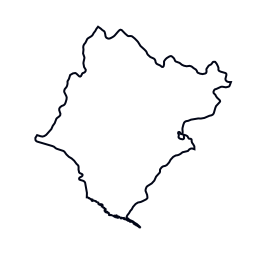 Guayubín, Monte Cristi, Dominican Republic, rotated 196°
{"feature_id": "3306468B33320306044259", "entity_name": "Guayubín", "entity_type": "district", "adm_level": 2, "iso_a3": "DOM", "parent_name": "Dominican Republic", "parent_adm1": "Monte Cristi", "projection": "albers", "projection_center": [-71.302, 19.687], "detail": "fine", "context": "isolated", "style": "outline", "palette": "ink", "viewbox_px": 256, "rotation_deg": 196, "n_neighbors": 0, "source": "geoboundaries", "source_scale": "gbopen_adm2", "svg_char_len": 5506}
<svg xmlns="http://www.w3.org/2000/svg" viewBox="0 0 256 256"><g transform="rotate(196 128 128)"><path d="M62.4,215.6L63.5,215.4L64.4,215.0L64.7,214.5L65.2,213.0L65.6,212.1L67.6,210.2L68.8,206.6L68.8,206.0L68.1,204.0L68.0,203.0L68.2,202.3L68.9,201.6L71.1,200.4L73.7,200.1L76.2,200.4L76.7,200.7L77.8,202.1L78.9,202.9L81.6,203.7L83.1,204.4L84.1,204.7L85.9,204.7L88.7,203.5L91.3,203.3L93.5,203.6L96.4,204.8L100.4,205.1L101.2,205.5L102.4,207.0L103.3,207.8L105.3,208.8L106.2,209.0L107.2,208.7L108.3,207.8L110.0,205.9L110.8,204.6L111.5,202.8L111.7,201.9L110.9,199.2L110.8,197.2L111.3,196.3L112.2,196.1L114.4,197.0L117.3,197.4L118.3,197.7L119.4,198.6L120.5,200.6L121.5,201.5L122.5,201.9L126.1,202.4L129.1,203.9L130.1,204.8L131.0,206.0L131.7,206.7L133.7,207.9L138.6,210.3L142.0,213.4L143.2,214.2L146.2,215.9L149.3,217.2L150.6,217.2L152.7,216.5L153.7,216.5L156.7,217.9L161.1,220.4L162.3,220.4L163.1,219.8L164.0,218.2L166.3,213.2L167.1,212.0L168.7,210.3L170.1,209.1L171.1,208.6L172.2,208.5L173.6,208.8L174.4,209.4L175.0,210.2L175.7,211.8L176.8,213.7L177.5,214.4L179.7,215.1L181.5,216.0L184.7,217.1L185.7,214.6L186.2,212.2L187.1,210.0L187.8,207.2L188.7,205.9L191.1,203.3L191.7,202.3L192.4,198.3L193.3,196.2L193.5,194.7L193.3,193.3L192.4,191.1L191.7,187.2L189.7,184.4L189.2,183.4L189.1,182.2L188.9,179.0L188.7,177.9L187.0,174.5L184.7,172.4L184.5,171.5L184.5,170.8L184.9,169.8L185.3,169.3L186.7,168.2L187.0,167.7L187.5,165.0L188.1,164.3L188.8,164.2L189.3,164.3L192.7,166.1L193.9,166.3L196.0,165.3L198.2,163.0L198.3,158.9L199.0,156.2L198.3,153.8L198.2,151.6L198.5,150.2L199.5,148.0L199.6,146.6L199.4,145.5L199.0,144.8L196.3,141.9L195.4,140.6L195.0,138.7L195.0,135.5L195.2,133.9L195.6,132.9L196.2,132.1L197.9,130.8L199.1,129.0L199.4,127.7L199.1,126.3L197.9,124.5L196.9,123.1L196.7,121.5L197.3,120.2L198.9,118.1L199.4,117.1L199.8,112.4L200.9,109.4L201.4,105.8L204.7,98.9L206.2,97.2L207.8,96.2L209.8,96.0L213.4,96.1L214.3,93.0L214.0,91.9L213.5,90.8L212.7,90.2L211.6,89.9L195.7,89.8L194.0,89.6L191.8,88.6L190.7,88.4L183.7,88.1L182.6,87.7L179.9,85.6L176.9,84.0L173.8,83.2L170.7,81.7L167.7,79.4L165.8,78.4L165.1,77.7L164.6,76.4L164.1,74.4L162.7,71.8L161.9,71.4L159.4,71.0L158.9,70.7L158.7,70.1L158.7,69.5L159.2,68.6L160.7,67.2L161.1,66.3L161.0,65.7L160.6,65.1L159.7,64.9L156.9,64.9L155.8,64.7L155.1,64.4L154.3,63.8L153.8,62.9L149.6,54.3L148.5,50.0L147.7,50.2L146.8,50.0L146.7,49.9L146.2,49.9L146.2,49.7L144.1,49.4L143.8,49.1L143.5,49.1L143.2,49.4L142.8,49.4L142.8,49.1L142.7,49.1L142.8,48.2L142.7,48.1L142.2,48.1L142.1,48.4L141.0,48.7L141.0,48.8L138.7,48.8L138.4,48.4L137.1,48.1L137.1,47.9L137.0,48.1L136.0,48.1L135.8,47.6L135.5,47.4L135.5,47.1L135.2,47.1L134.9,46.7L134.0,46.5L134.0,46.4L133.4,46.4L133.4,46.8L133.2,46.8L133.1,47.3L132.1,47.4L131.8,47.3L131.8,47.1L131.5,47.1L131.1,46.8L131.1,46.2L131.5,46.1L131.5,45.3L130.5,45.3L129.8,44.6L128.9,44.7L128.4,44.1L127.4,44.1L127.1,43.8L127.0,43.0L127.7,43.0L127.7,42.7L127.8,42.7L127.7,42.0L127.2,41.8L126.8,41.2L126.1,40.9L125.2,40.9L125.1,41.2L125.2,41.7L124.9,41.7L124.3,41.1L124.2,41.2L123.4,41.2L122.9,40.8L122.8,40.2L122.2,39.7L122.2,39.4L121.9,39.4L121.9,39.2L121.2,39.2L120.8,39.7L120.2,39.7L119.9,39.7L118.2,39.4L118.1,39.2L118.1,39.4L117.7,39.5L117.4,39.7L117.3,39.4L116.9,39.4L116.8,39.1L115.9,38.9L115.9,39.1L115.6,39.2L115.7,40.3L115.2,40.8L114.7,40.8L114.5,40.6L114.4,39.9L113.8,39.5L113.9,39.4L113.8,38.9L112.9,38.9L112.8,39.1L112.9,39.4L113.4,39.4L113.5,39.7L112.9,40.3L111.9,40.2L111.5,40.0L111.5,39.9L110.8,39.8L110.2,39.2L109.7,39.2L109.4,40.0L109.1,40.0L108.9,40.0L108.2,40.0L107.4,40.3L107.4,40.2L106.9,40.0L107.0,39.7L106.8,39.7L106.6,39.4L105.8,39.4L105.8,39.5L105.5,39.5L103.8,39.7L103.5,39.2L102.2,39.4L102.2,39.2L101.6,39.1L101.7,38.9L101.1,38.9L100.9,39.1L100.4,38.5L99.8,38.5L99.6,38.8L98.9,38.8L97.9,38.9L97.1,38.6L96.6,38.3L96.4,37.9L96.1,37.9L95.5,37.3L93.8,37.3L93.8,37.1L93.5,37.1L92.9,37.0L92.9,36.8L92.5,36.8L92.5,36.7L92.1,36.7L91.2,36.5L91.2,36.3L90.4,36.2L89.6,35.9L89.6,35.7L89.4,35.7L88.4,35.6L89.9,36.6L93.0,38.1L95.4,38.7L97.6,39.6L101.2,40.1L103.4,41.1L104.8,41.5L104.7,43.3L104.4,44.4L103.6,46.2L102.9,49.0L102.0,50.8L101.4,53.6L99.8,57.0L97.9,59.1L95.4,60.4L93.7,61.8L91.0,64.3L90.1,65.7L90.2,66.7L91.2,69.0L93.8,72.4L94.1,73.8L94.1,74.9L93.9,76.4L93.4,77.4L89.9,81.3L88.2,84.7L87.6,89.0L85.2,93.9L85.2,94.9L85.7,96.6L85.7,97.2L84.8,99.5L83.7,100.8L81.7,101.9L80.5,103.1L79.0,106.2L78.3,109.3L76.6,112.7L74.6,114.7L72.7,115.6L71.6,116.4L70.4,117.6L68.9,119.7L64.1,122.4L63.2,124.3L62.0,125.5L60.7,126.0L58.3,125.9L59.2,128.7L60.8,130.3L62.0,131.2L62.6,131.9L63.1,132.7L63.6,134.2L63.9,134.6L64.7,134.9L66.1,134.6L66.6,134.6L67.3,135.1L68.4,136.3L69.0,136.6L70.5,136.9L72.6,136.9L71.3,133.6L71.6,132.7L72.3,132.2L74.5,132.0L75.7,132.2L76.7,132.8L77.0,133.5L77.2,135.4L78.4,136.8L78.5,137.7L78.0,138.2L77.3,138.3L76.5,137.8L75.7,136.9L74.1,136.9L74.3,139.1L75.4,142.0L75.6,143.2L75.7,146.4L75.5,148.7L74.8,149.9L74.0,150.6L72.1,151.5L69.7,153.4L63.2,156.5L60.5,157.2L57.4,158.7L53.1,162.2L51.3,163.2L50.3,164.1L49.7,165.4L49.6,166.5L49.6,171.3L49.4,173.3L47.0,178.1L46.8,179.0L47.1,179.6L47.5,180.0L50.9,181.8L52.2,182.9L53.2,184.0L55.2,185.1L55.8,186.2L55.7,187.9L55.1,189.1L53.7,190.0L50.7,192.6L49.8,193.3L48.7,193.7L45.1,194.1L42.6,195.5L42.2,196.0L42.0,196.6L41.7,200.5L43.1,200.1L44.6,199.9L45.7,200.0L46.9,200.6L47.4,201.1L47.9,202.1L48.0,205.9L48.2,206.6L48.5,207.2L49.1,207.6L49.8,207.7L54.7,207.7L56.4,208.1L57.1,208.8L57.6,210.7L58.5,212.0L60.4,214.1L62.4,215.6Z" fill="none" stroke="#020617" stroke-width="2"/></g></svg>